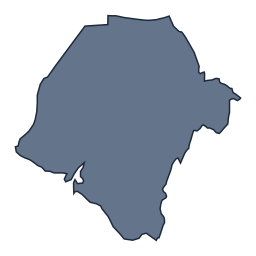 the district of Beaufort, Sabah, Malaysia
{"feature_id": "92858781B48397609160298", "entity_name": "Beaufort", "entity_type": "district", "adm_level": 2, "iso_a3": "MYS", "parent_name": "Malaysia", "parent_adm1": "Sabah", "projection": "robinson", "projection_center": [115.744, 5.299], "detail": "fine", "context": "isolated", "style": "filled", "palette": "slate", "viewbox_px": 256, "rotation_deg": 0, "n_neighbors": 0, "source": "geoboundaries", "source_scale": "gbopen_adm2", "svg_char_len": 2133}
<svg xmlns="http://www.w3.org/2000/svg" viewBox="0 0 256 256"><path d="M156.2,240.4L157.5,237.9L159.0,237.8L159.9,235.2L160.8,232.6L163.1,225.3L164.5,222.8L164.5,219.8L163.9,217.2L162.5,215.3L161.1,213.4L160.1,208.8L160.8,204.1L162.0,200.3L165.9,197.8L166.6,196.2L165.5,193.3L163.6,191.7L162.5,189.1L163.7,187.1L166.0,184.1L166.9,180.5L170.7,170.4L172.1,164.7L173.8,161.7L176.1,158.8L178.1,158.1L179.3,160.7L180.5,163.1L182.0,159.5L183.3,156.6L184.8,153.1L187.2,149.7L188.7,148.5L189.2,144.7L190.9,139.7L192.0,135.7L192.9,132.6L193.8,130.4L197.1,130.9L200.0,128.6L202.0,125.7L203.2,124.9L205.7,126.4L207.4,128.0L209.7,128.0L213.8,129.8L214.9,131.2L216.2,132.6L219.1,133.5L221.0,131.7L223.6,128.6L227.8,124.0L228.4,117.8L229.5,112.3L229.5,107.4L229.5,104.2L229.5,100.4L231.3,99.0L233.8,98.7L237.4,100.6L239.9,99.0L240.6,98.0L236.2,94.5L233.0,92.5L232.6,91.1L231.9,88.5L230.1,88.3L228.7,87.3L226.8,85.6L224.3,84.2L222.3,83.7L219.7,82.3L219.1,78.8L217.1,78.5L215.5,78.5L212.1,79.9L210.0,80.2L207.7,80.4L204.5,81.1L204.5,79.4L204.6,74.0L204.3,72.1L202.2,72.6L200.3,73.7L198.8,72.5L198.7,69.7L199.1,66.3L194.2,52.5L185.8,37.8L184.5,35.8L182.9,33.5L181.6,32.0L179.0,31.5L173.6,26.3L169.1,16.1L168.9,16.2L163.4,18.0L159.9,18.7L156.5,19.7L153.6,19.9L149.8,20.3L146.9,20.3L142.3,19.9L136.4,19.2L131.4,18.5L124.9,17.7L115.9,15.8L111.7,15.8L108.0,15.6L107.8,24.6L85.0,26.1L55.8,65.4L47.6,77.0L43.8,78.6L40.2,84.5L37.3,95.0L37.3,103.1L36.8,111.5L35.2,119.6L33.5,124.4L29.0,131.1L24.9,134.9L20.1,138.9L18.9,142.4L18.2,145.9L15.4,146.8L16.3,151.9L20.1,155.4L24.7,157.8L29.0,159.4L30.6,160.2L34.0,162.6L38.0,165.6L41.8,167.2L45.2,171.0L49.9,171.3L54.0,172.9L62.8,172.9L66.9,173.7L64.3,179.1L65.7,181.8L71.2,179.6L74.0,174.2L78.3,167.8L84.3,162.6L83.1,167.5L80.5,171.5L80.5,176.6L82.6,178.5L83.6,180.7L82.6,183.1L77.4,183.6L75.9,181.0L75.0,179.6L73.6,182.6L73.6,187.4L73.9,193.3L74.7,192.0L77.1,191.2L82.1,194.4L86.2,198.5L90.0,202.2L96.5,203.8L100.7,206.0L102.2,209.0L108.4,216.8L113.2,226.7L119.8,233.7L124.1,238.9L132.7,240.2L138.9,238.3L142.0,234.3L146.3,233.2L155.4,239.7L156.2,240.4Z" fill="#64748b" stroke="#1e293b" stroke-width="1.5"/></svg>